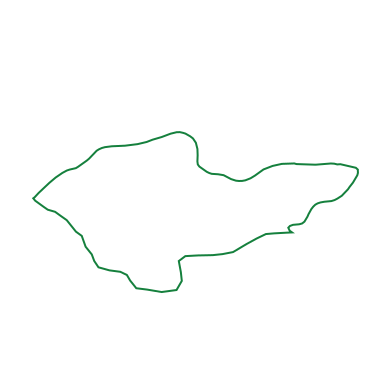 outline of Kim Hyong Gwon, Ryanggang, North Korea, rotated 216°
{"feature_id": "82179303B61862606891781", "entity_name": "Kim Hyong Gwon", "entity_type": "district", "adm_level": 2, "iso_a3": "PRK", "parent_name": "North Korea", "parent_adm1": "Ryanggang", "projection": "albers", "projection_center": [128.041, 40.654], "detail": "fine", "context": "isolated", "style": "outline", "palette": "green", "viewbox_px": 384, "rotation_deg": 216, "n_neighbors": 0, "source": "geoboundaries", "source_scale": "gbopen_adm2", "svg_char_len": 1596}
<svg xmlns="http://www.w3.org/2000/svg" viewBox="0 0 384 384"><g transform="rotate(216 192 192)"><path d="M316.7,93.6L313.7,92.8L310.2,92.8L306.6,92.8L303.0,92.8L298.3,92.9L291.1,95.5L283.9,95.5L276.8,95.6L267.3,93.0L262.6,91.7L255.4,91.7L245.9,85.2L236.4,82.6L230.5,78.7L223.4,76.1L212.7,80.1L203.1,85.3L195.9,86.6L190.0,84.0L180.5,81.4L170.9,86.7L157.8,93.2L146.9,103.6L148.0,114.1L153.9,120.6L162.1,128.4L159.7,136.2L150.0,144.1L138.0,153.2L130.8,159.7L123.5,167.5L117.3,181.9L112.4,192.3L107.5,201.4L101.5,206.6L91.8,214.5L87.3,218.1L90.2,218.1L93.1,219.7L92.8,222.1L91.0,224.8L86.3,228.9L84.4,231.3L83.6,234.1L84.1,239.9L84.7,242.6L85.4,248.3L85.3,251.4L84.8,254.2L83.7,256.6L81.9,259.1L79.2,261.9L73.9,266.6L71.9,269.3L70.5,272.1L68.6,277.0L67.4,285.9L67.5,288.7L67.3,294.2L68.1,302.7L69.0,305.0L70.5,306.9L71.0,307.6L73.7,307.9L88.3,301.7L90.7,299.7L93.6,298.5L96.4,296.7L108.1,286.7L123.9,276.0L126.1,275.2L127.2,274.3L135.8,267.6L142.1,260.5L147.4,252.3L150.7,242.3L152.7,237.5L155.7,232.8L158.0,230.4L160.5,228.5L163.1,227.0L168.0,225.4L176.3,224.2L181.3,221.7L186.7,218.3L189.2,217.5L191.9,217.0L201.0,216.9L203.5,217.7L205.6,219.9L209.0,225.0L212.9,230.0L217.8,234.1L222.7,235.9L226.1,236.0L231.6,235.4L234.0,234.6L237.0,233.3L239.6,231.3L243.6,226.6L248.8,218.7L254.6,211.2L258.1,205.8L264.2,198.7L273.4,190.1L277.9,186.5L283.7,181.9L288.8,177.1L290.8,174.6L292.4,171.8L293.4,169.3L294.9,158.3L295.6,155.5L299.0,145.4L300.0,143.0L304.1,138.3L305.9,135.8L308.1,131.2L310.8,123.6L312.8,115.5L315.5,101.2L316.2,95.3L316.7,93.6Z" fill="none" stroke="#15803d" stroke-width="2"/></g></svg>